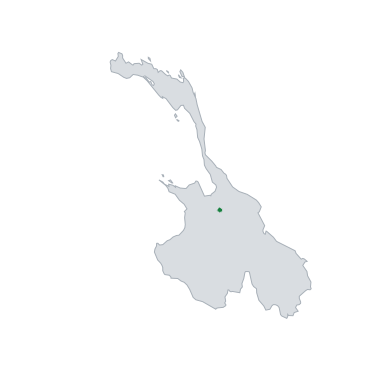 location of Phra Nakhon Si Ayutthaya, Phra Nakhon Si Ayutthaya, Thailand, rotated 150°
{"feature_id": "78962969B15942215938926", "entity_name": "Phra Nakhon Si Ayutthaya", "entity_type": "district", "adm_level": 2, "iso_a3": "THA", "parent_name": "Thailand", "parent_adm1": "Phra Nakhon Si Ayutthaya", "projection": "equal_earth", "projection_center": [100.553, 14.343], "detail": "fine", "context": "in_parent", "style": "filled", "palette": "green", "viewbox_px": 384, "rotation_deg": 150, "n_neighbors": 0, "source": "geoboundaries", "source_scale": "gbopen_adm2", "svg_char_len": 4550}
<svg xmlns="http://www.w3.org/2000/svg" viewBox="0 0 384 384"><g transform="rotate(150 192 192)"><path d="M170.1,36.7L170.3,38.2L171.5,36.2L173.1,35.2L176.2,39.6L176.6,41.5L174.3,48.4L174.7,50.8L176.1,52.7L177.9,53.8L179.7,53.5L183.2,51.5L187.1,52.8L186.8,57.4L188.2,64.8L186.4,72.3L184.5,76.0L185.9,79.3L186.0,82.3L182.3,94.1L183.1,95.0L185.4,96.3L186.4,95.9L190.3,91.3L194.6,87.7L195.9,84.6L198.6,83.6L201.0,80.9L206.7,85.7L208.1,86.1L208.8,86.9L209.1,88.8L209.8,89.2L212.1,86.5L215.9,84.7L217.4,80.7L219.2,79.5L219.0,77.5L219.6,76.7L222.7,76.5L227.5,78.7L229.2,79.1L230.0,78.6L237.6,91.7L242.5,96.7L243.7,100.1L242.7,108.9L242.8,113.9L243.9,117.7L246.0,120.4L247.6,124.2L253.3,127.9L252.8,128.8L253.2,131.2L256.7,134.0L257.0,134.9L256.7,138.4L255.1,141.2L254.7,143.4L254.7,146.1L255.7,150.3L254.6,158.8L252.5,161.2L249.8,162.9L248.3,165.2L247.2,164.7L246.6,162.3L243.6,161.0L237.8,162.2L234.9,161.7L231.0,162.5L227.2,162.1L225.0,161.1L218.6,163.0L216.0,164.7L214.1,167.2L211.2,173.5L208.3,177.3L208.4,178.9L204.8,179.9L204.9,185.3L207.0,191.1L207.7,198.5L211.7,203.7L211.0,207.3L211.5,210.9L214.6,219.0L212.3,215.2L211.9,212.5L209.2,208.4L208.3,210.4L205.2,207.4L203.9,204.3L203.4,205.7L200.3,201.4L197.1,199.1L195.3,198.0L190.9,199.5L185.3,198.4L183.1,199.5L182.2,198.8L181.7,197.5L183.3,182.2L178.4,180.3L177.6,179.3L176.5,180.4L171.7,181.1L168.3,183.9L167.8,186.2L169.4,190.4L167.4,198.0L168.1,205.2L167.8,209.1L165.4,214.1L164.8,218.1L162.0,224.3L160.2,232.0L159.8,236.5L156.6,243.4L155.8,247.3L154.6,248.8L155.1,251.9L154.6,261.3L156.6,268.2L156.0,271.4L158.3,272.5L163.5,270.4L165.3,270.9L166.4,274.7L167.8,285.9L170.0,289.4L170.5,287.7L171.6,289.5L172.4,292.8L175.2,310.6L176.6,315.3L174.9,314.1L174.0,308.5L172.5,308.3L173.0,304.7L172.0,303.5L170.5,304.5L170.5,307.2L174.7,316.1L177.3,316.4L180.6,320.3L184.2,323.2L188.8,322.1L191.9,323.1L193.8,325.5L196.7,331.5L201.6,336.5L200.8,339.6L198.9,342.2L197.9,345.5L196.6,346.5L194.8,346.5L192.8,343.7L188.0,346.3L187.0,348.9L185.8,349.6L183.6,346.7L183.8,345.0L185.1,342.7L184.8,336.5L181.9,336.4L180.0,331.8L179.4,331.4L178.0,332.1L173.4,329.9L172.1,327.0L170.7,327.2L169.8,332.2L165.8,325.5L163.0,322.8L163.4,317.9L161.6,316.8L160.8,315.4L161.5,312.5L158.9,313.0L157.7,312.1L156.1,306.8L154.9,304.7L153.2,304.7L152.6,303.7L152.8,301.0L148.6,297.3L147.2,293.1L145.2,291.2L144.0,291.8L142.7,294.8L141.7,294.6L140.8,293.7L139.8,289.5L139.9,282.1L141.2,277.8L141.9,270.9L143.9,265.0L148.0,248.1L148.2,241.4L155.1,231.9L159.7,221.1L161.2,219.5L161.8,217.5L159.4,208.7L158.4,202.6L158.5,201.1L155.6,197.0L154.9,192.2L154.1,190.8L153.8,189.2L154.9,186.4L154.3,176.1L151.1,169.0L145.4,162.4L140.3,152.8L139.6,149.3L139.5,144.5L143.6,141.2L145.3,141.0L145.9,126.5L149.4,123.8L150.2,122.6L150.5,120.1L149.7,118.8L147.4,121.1L147.0,120.6L144.1,112.1L143.5,107.0L132.1,89.6L132.6,86.7L131.0,79.2L129.3,79.1L128.2,77.8L127.0,74.4L129.2,74.9L132.8,73.0L132.2,65.7L133.8,61.6L134.0,54.6L136.8,50.6L137.2,48.6L138.7,48.3L140.6,49.8L142.7,49.8L151.2,48.1L152.3,46.2L152.9,42.4L153.7,41.2L155.6,40.9L157.8,41.7L160.1,40.2L159.7,35.7L163.8,36.5L166.4,34.4L170.1,36.7ZM142.9,296.8L142.3,302.3L140.7,303.4L140.1,300.2L141.1,295.0L141.6,296.2L142.9,296.8ZM169.1,264.5L168.8,267.2L167.3,268.0L167.0,265.1L169.1,264.5ZM204.8,209.7L206.6,213.5L204.6,213.2L204.2,209.5L204.8,209.7ZM162.5,330.5L161.6,328.8L162.4,326.3L163.1,329.4L162.5,330.5ZM145.6,297.4L145.2,300.4L144.4,296.3L145.6,297.4ZM169.1,262.1L168.4,261.8L167.7,260.1L168.6,260.1L169.1,262.1ZM152.7,306.4L153.6,310.0L152.5,308.3L152.7,306.4ZM209.4,219.7L209.2,221.9L208.2,221.0L208.8,219.4L209.4,219.7ZM141.0,275.4L140.0,276.2L140.8,274.1L141.0,275.4Z" fill="#d9dde1" stroke="#a8b0b8" stroke-width="1"/><path d="M176.1,163.1L176.0,163.3L176.2,163.5L176.2,163.8L176.3,163.9L176.3,164.0L176.5,164.0L176.5,163.9L176.7,163.7L176.8,163.7L177.0,163.7L177.3,163.6L177.3,163.2L177.3,163.3L177.4,163.2L177.5,163.2L177.8,163.2L178.0,163.2L177.8,163.0L177.8,162.9L177.8,163.0L177.9,162.9L177.9,162.7L177.7,162.7L177.7,162.8L177.5,162.7L177.7,162.4L177.7,162.5L177.7,162.4L177.8,162.4L177.8,162.2L177.7,162.2L177.7,161.9L177.8,161.9L177.7,161.8L177.7,161.7L177.4,161.7L177.2,161.6L176.9,161.5L176.7,161.5L176.4,161.5L176.4,161.4L176.3,161.5L176.2,161.5L176.0,161.4L176.0,161.5L175.9,161.5L175.9,161.8L176.0,161.8L175.9,161.8L176.0,161.8L175.9,161.9L176.0,161.9L176.0,162.0L176.3,162.2L176.2,162.2L176.3,162.2L176.3,162.3L176.2,162.3L176.3,162.4L176.2,162.4L176.2,162.5L176.1,162.8L176.2,163.0L176.1,163.1Z" fill="#22c55e" stroke="#15803d" stroke-width="1.5"/></g></svg>